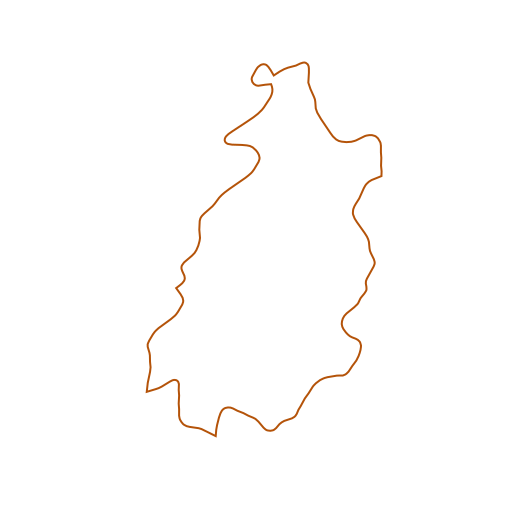 the district of San Gregorio de Yaguate, San Cristóbal, Dominican Republic, rotated 55°
{"feature_id": "3306468B54711183761237", "entity_name": "San Gregorio de Yaguate", "entity_type": "district", "adm_level": 2, "iso_a3": "DOM", "parent_name": "Dominican Republic", "parent_adm1": "San Cristóbal", "projection": "equal_earth", "projection_center": [-70.195, 18.34], "detail": "fine", "context": "isolated", "style": "outline", "palette": "amber", "viewbox_px": 512, "rotation_deg": 55, "n_neighbors": 0, "source": "geoboundaries", "source_scale": "gbopen_adm2", "svg_char_len": 3669}
<svg xmlns="http://www.w3.org/2000/svg" viewBox="0 0 512 512"><g transform="rotate(55 256 256)"><path d="M236.5,339.8L244.0,339.7L248.2,340.1L250.8,341.2L251.9,342.1L253.5,344.3L257.0,352.0L258.0,354.9L258.4,356.7L258.9,362.2L259.2,377.2L259.7,380.8L260.1,382.6L261.1,385.5L264.0,391.9L265.4,394.3L266.2,395.4L268.3,396.8L274.2,398.8L276.5,399.9L281.9,403.5L286.7,406.2L290.2,409.3L297.8,417.4L304.6,423.4L307.6,414.3L308.4,411.5L308.9,408.2L309.5,398.5L309.9,395.7L310.4,394.4L311.2,393.3L312.2,392.4L313.4,392.0L314.5,391.9L316.7,392.6L321.5,396.2L326.2,399.0L332.6,404.0L337.3,406.8L342.7,410.6L345.1,411.7L346.4,412.1L349.1,412.3L351.8,412.1L353.1,411.7L355.6,410.4L357.9,408.4L364.2,401.7L366.5,399.9L380.4,392.3L375.5,388.2L372.2,384.9L367.1,379.0L364.5,375.4L363.2,372.8L362.8,371.4L362.7,369.8L362.9,368.3L364.0,365.8L365.6,363.8L367.7,362.3L372.1,360.0L377.5,356.4L382.4,353.9L386.8,351.1L389.1,349.9L393.1,349.0L401.0,348.3L403.5,347.7L404.7,347.2L405.7,346.4L407.4,344.5L408.5,342.1L408.7,340.7L408.5,338.2L407.2,333.3L407.0,330.4L407.3,327.4L409.6,319.7L409.8,316.9L409.6,315.5L408.7,313.2L406.3,309.4L404.6,305.5L400.7,297.7L398.6,291.6L395.7,284.7L395.2,283.2L394.6,279.9L394.4,274.7L394.9,271.4L395.3,269.7L396.3,266.9L400.5,258.1L403.7,253.5L404.3,250.8L404.3,249.4L403.8,246.5L401.2,239.9L399.2,233.8L396.8,229.4L394.9,226.7L392.9,224.3L390.7,222.2L389.5,221.3L386.9,220.4L385.6,220.2L383.1,220.7L380.9,221.8L377.8,223.9L375.5,225.1L372.9,225.8L370.2,226.2L366.1,226.3L363.5,225.9L360.9,224.8L358.8,223.0L357.0,220.7L355.7,217.9L355.0,214.7L354.3,204.9L353.6,200.4L353.1,199.1L350.8,195.1L350.3,193.9L348.9,188.8L347.9,186.3L347.3,185.2L346.4,184.4L344.5,183.2L341.5,181.8L339.6,180.3L338.2,178.2L332.1,165.7L330.6,163.5L329.7,162.7L328.6,162.1L326.2,161.3L319.8,160.3L317.2,159.7L314.8,158.6L309.2,155.4L306.5,154.5L303.7,154.0L299.4,153.8L286.2,153.9L281.9,153.7L277.8,152.7L276.5,152.1L274.4,150.4L273.4,149.4L271.8,147.0L270.5,144.3L268.1,138.5L262.3,128.8L260.9,125.9L260.4,124.3L259.9,121.0L260.1,117.7L262.5,107.4L258.6,104.5L253.8,101.8L247.4,97.0L242.7,94.2L237.3,90.4L234.9,89.2L233.6,88.9L229.6,88.6L227.0,89.2L225.8,89.8L223.6,91.6L222.0,93.8L220.7,96.5L220.2,98.1L218.7,107.7L218.3,109.2L217.1,112.4L214.6,116.6L211.5,120.2L209.2,122.2L206.5,123.5L202.2,124.4L197.7,124.5L181.1,124.2L173.7,123.6L169.4,122.4L163.9,119.1L161.5,117.9L158.7,117.2L150.4,115.6L144.0,113.7L136.3,107.6L132.7,105.1L130.8,104.1L128.7,103.7L126.4,104.4L125.4,105.2L124.6,106.5L123.7,109.4L122.9,114.1L120.1,121.7L119.1,125.7L118.5,130.9L118.3,137.9L112.3,137.4L108.1,137.4L105.5,137.9L104.4,138.6L103.3,139.7L102.6,141.1L102.2,142.6L102.3,145.7L102.6,147.0L103.6,149.5L107.1,156.5L108.0,157.6L109.1,158.4L111.4,159.2L113.8,159.1L116.0,158.2L117.0,157.4L117.9,156.4L121.0,150.2L123.9,145.1L126.4,145.8L128.8,146.9L130.9,148.5L132.7,150.6L134.2,153.0L134.9,154.5L138.8,164.3L139.7,167.3L140.6,172.8L140.9,178.5L140.8,186.2L140.3,203.4L140.3,208.6L140.8,211.7L141.3,213.1L142.2,214.4L143.3,215.3L144.5,215.7L145.7,215.7L146.8,215.4L148.0,214.8L151.0,211.8L156.9,203.9L160.1,200.1L162.4,197.9L165.1,196.4L169.5,195.4L172.3,195.3L175.1,195.7L177.7,196.8L178.8,197.8L180.4,200.0L183.9,207.8L184.9,210.7L185.3,212.5L185.7,216.2L185.9,220.0L185.8,239.6L186.0,245.3L186.4,249.1L187.1,252.7L189.5,259.9L190.3,263.1L191.5,273.8L192.1,277.1L192.6,278.6L193.3,280.0L195.0,282.0L202.0,287.4L209.1,291.5L211.3,293.6L214.4,297.3L217.0,301.5L218.3,304.6L219.0,308.2L220.0,318.6L221.0,321.5L221.7,322.8L222.7,323.7L223.8,324.4L226.2,325.1L231.1,326.0L233.4,327.1L234.4,328.1L235.1,329.2L236.0,332.0L236.3,335.0L236.5,339.8Z" fill="none" stroke="#b45309" stroke-width="2"/></g></svg>